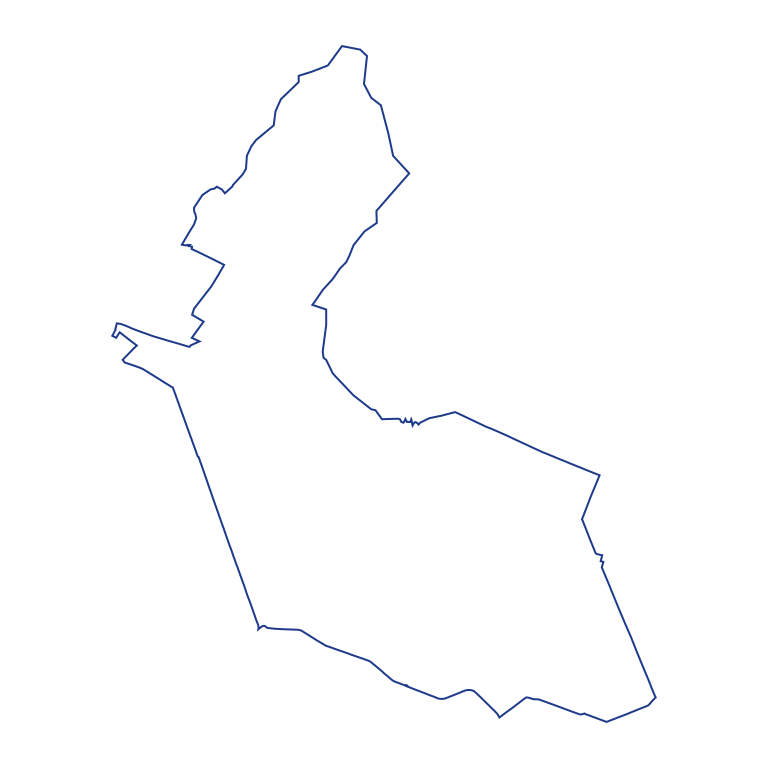 Gustavo A. Madero, Distrito Federal, Mexico
{"feature_id": "50627088B27895392643448", "entity_name": "Gustavo A. Madero", "entity_type": "district", "adm_level": 2, "iso_a3": "MEX", "parent_name": "Mexico", "parent_adm1": "Distrito Federal", "projection": "albers", "projection_center": [-99.115, 19.519], "detail": "fine", "context": "isolated", "style": "outline", "palette": "blue", "viewbox_px": 768, "rotation_deg": 0, "n_neighbors": 0, "source": "geoboundaries", "source_scale": "gbopen_adm2", "svg_char_len": 5382}
<svg xmlns="http://www.w3.org/2000/svg" viewBox="0 0 768 768"><path d="M258.3,629.3L261.1,627.0L261.6,626.7L262.6,626.1L263.5,625.9L264.3,625.9L264.7,626.0L265.4,626.3L265.6,626.5L266.1,627.0L266.6,627.5L267.0,627.7L267.5,627.9L268.3,628.0L275.1,628.8L277.8,628.9L282.6,629.2L288.4,629.4L293.7,629.6L296.6,629.7L298.3,629.8L299.0,629.9L300.5,630.3L301.4,630.7L302.5,631.3L304.4,632.5L308.7,635.2L310.9,636.6L313.0,637.9L316.9,640.4L323.0,644.0L325.4,645.5L326.1,645.8L330.3,647.2L334.4,648.7L338.0,650.0L341.9,651.3L343.7,651.9L345.5,652.6L347.5,653.3L348.3,653.5L348.5,653.6L348.9,653.8L349.3,654.0L356.8,656.6L362.3,658.5L364.4,659.2L364.6,659.3L367.9,660.5L368.6,660.8L368.8,660.9L369.3,661.1L369.7,661.3L370.2,661.6L370.6,661.9L371.0,662.2L375.9,666.2L380.7,670.2L382.1,671.4L383.8,673.1L384.3,673.5L385.9,674.8L389.6,678.0L391.1,679.2L392.3,680.2L393.0,680.7L393.3,680.9L394.0,681.2L394.8,681.6L395.1,681.7L403.3,684.8L405.5,685.7L405.8,685.0L406.5,685.3L407.3,685.6L407.0,686.4L409.1,687.2L412.7,688.6L420.0,691.4L429.0,694.9L434.6,697.0L435.6,697.4L436.0,697.6L437.8,698.3L438.0,698.4L438.3,698.5L439.4,698.7L440.6,698.9L441.7,698.9L442.1,698.9L442.9,698.9L445.0,698.5L445.3,698.4L449.0,697.0L455.0,694.6L459.0,693.0L461.6,691.9L464.4,690.8L466.0,690.3L466.7,690.1L467.6,690.0L468.9,690.0L470.2,690.0L471.1,690.2L472.3,690.5L473.3,690.8L474.3,691.4L474.6,691.7L475.7,692.6L476.4,693.2L477.9,694.7L478.8,695.5L488.2,704.7L492.0,708.5L493.0,709.4L494.8,711.2L496.0,712.5L497.8,714.5L498.7,716.2L499.4,717.5L507.3,711.5L512.1,708.1L513.5,707.0L518.4,703.3L523.6,699.2L525.2,698.1L526.4,697.4L527.6,697.5L528.9,697.8L533.1,699.1L534.2,699.2L535.8,699.3L538.4,699.3L543.2,701.0L549.8,703.4L550.4,703.6L553.9,704.9L573.9,712.3L579.3,714.2L579.7,714.3L580.3,714.4L581.0,714.5L581.5,714.4L582.7,714.1L584.5,713.5L585.2,714.0L596.3,718.1L606.5,721.9L615.4,718.5L618.9,717.1L621.9,716.0L625.0,714.8L627.8,713.7L633.4,711.4L635.7,710.5L639.3,709.0L642.6,707.7L645.2,706.7L648.4,705.3L649.7,703.9L650.6,702.8L651.0,702.4L652.9,700.3L654.5,698.5L655.7,697.3L655.5,697.0L654.6,695.2L651.9,688.6L648.5,680.0L643.9,669.0L641.6,663.4L636.6,651.3L631.2,637.6L628.4,631.1L625.3,624.1L618.7,608.4L612.6,593.5L608.4,583.1L605.6,576.5L601.8,567.4L603.4,561.9L600.7,561.2L602.2,555.3L596.7,554.0L596.0,553.5L595.4,552.7L589.6,538.3L587.3,532.4L582.5,520.3L581.9,519.6L586.4,508.0L590.7,496.7L594.2,488.3L599.6,475.3L593.8,473.0L586.3,470.0L580.0,467.4L576.7,466.1L570.3,463.5L561.0,459.7L547.2,454.0L542.1,452.0L539.2,450.6L531.7,447.2L525.8,444.4L520.1,441.8L514.1,439.0L506.9,435.6L496.5,431.0L489.9,428.2L486.0,426.7L483.3,425.4L473.4,420.7L462.9,415.7L455.2,412.1L447.5,414.1L441.5,415.7L438.0,416.4L429.3,418.2L420.3,422.6L418.5,424.6L418.1,424.1L417.7,423.4L417.2,423.0L416.3,422.6L415.7,422.1L415.0,422.1L414.2,422.9L413.7,423.3L413.5,423.8L412.6,425.5L412.2,424.0L412.0,422.8L411.7,420.9L411.2,419.4L410.9,420.2L410.3,422.0L406.8,421.9L406.7,421.5L406.3,420.7L405.4,419.0L404.7,420.7L404.3,421.4L403.4,422.7L401.4,422.0L400.0,419.3L398.4,418.7L382.0,419.2L375.4,410.2L371.3,409.3L353.5,395.4L341.2,382.4L335.2,376.1L332.5,372.9L329.0,365.6L326.3,360.1L326.1,359.8L325.6,359.4L324.6,358.7L323.5,357.7L322.7,351.6L326.2,324.9L326.2,309.5L312.4,304.9L315.3,300.8L322.9,289.8L325.9,286.5L332.2,279.6L334.8,276.1L339.8,268.7L346.2,262.2L349.4,255.7L353.5,245.3L356.3,241.7L364.5,231.4L376.8,222.9L376.4,211.0L380.1,206.7L395.6,188.9L409.2,173.4L393.1,155.8L390.7,144.4L388.2,132.9L380.9,105.3L371.2,97.8L364.0,84.0L367.0,56.0L360.2,49.6L348.7,47.4L342.0,46.1L327.8,65.5L321.9,67.8L311.8,71.7L298.7,75.8L298.7,82.0L294.1,86.5L280.9,99.2L275.5,111.3L273.7,125.4L270.2,128.3L256.1,140.0L251.4,146.2L246.9,155.7L246.0,168.7L242.6,174.5L233.1,184.8L232.3,186.5L224.9,193.3L221.8,189.4L216.7,186.7L214.5,188.6L210.6,189.4L202.4,195.0L194.0,207.8L194.2,211.7L195.4,214.2L196.2,218.3L194.0,224.5L188.8,232.8L181.9,244.7L185.4,245.4L186.8,245.1L187.1,244.9L187.9,244.9L188.9,245.0L189.2,245.0L188.5,245.5L188.4,246.0L189.0,246.1L192.1,246.7L191.6,249.0L198.7,252.3L205.7,255.7L210.8,258.2L215.8,260.7L224.1,264.9L220.3,271.5L218.5,274.6L214.4,281.4L211.1,286.7L205.9,293.4L202.8,297.4L198.4,303.1L194.1,308.6L192.1,314.8L198.7,318.7L203.6,321.6L199.0,327.9L191.8,337.9L198.0,340.7L199.5,341.4L190.8,345.3L189.3,346.9L178.6,343.7L167.8,340.6L158.8,337.9L152.7,336.1L148.1,334.4L141.0,331.9L132.5,328.7L125.2,325.5L123.2,324.9L121.3,324.1L119.3,323.7L116.8,323.4L115.3,329.4L115.6,329.8L112.3,335.8L116.2,337.8L119.6,332.3L120.0,332.5L123.8,335.5L127.8,338.6L131.5,341.5L135.1,344.2L136.8,345.5L132.5,349.7L124.6,357.8L122.7,359.8L124.7,362.5L131.6,364.8L139.0,367.4L142.8,369.0L152.2,374.8L156.4,377.4L165.3,383.0L172.9,387.7L176.1,396.5L180.3,408.2L184.9,420.9L187.8,429.0L190.7,436.9L195.4,449.9L197.8,456.7L198.8,457.3L200.4,462.2L201.3,464.5L204.1,472.7L210.7,491.7L215.7,506.1L216.0,506.8L220.8,520.5L222.2,524.5L223.6,528.3L226.6,537.0L229.9,546.3L231.3,549.9L233.7,557.0L234.5,559.0L236.5,564.9L236.9,565.6L237.8,568.0L238.3,569.6L239.1,571.8L239.5,572.8L240.4,575.5L240.6,575.9L241.4,578.2L242.2,580.3L243.0,582.6L244.0,585.3L245.6,590.0L246.4,592.6L247.4,595.5L248.2,597.6L249.2,600.2L250.1,602.4L250.8,604.6L250.9,605.0L251.7,606.9L252.5,609.3L252.9,610.4L253.9,613.3L254.1,613.8L255.9,619.2L258.1,624.8L258.5,626.6L258.6,627.6L258.3,629.3Z" fill="none" stroke="#1e3a8a" stroke-width="2"/></svg>